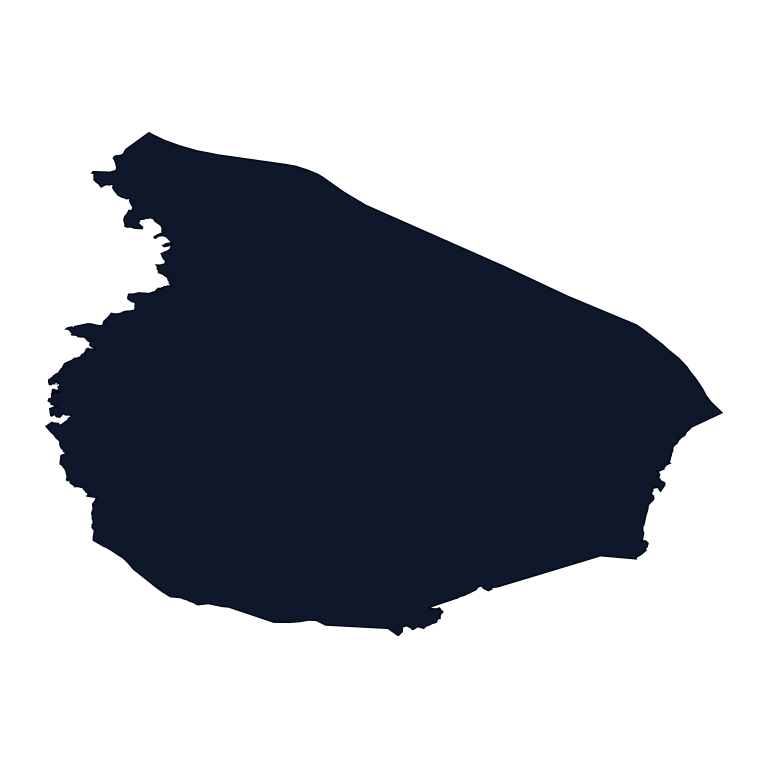 outline of "Østre Toten" nor, Oppland, Norway
{"feature_id": "86288312B18082183204851", "entity_name": "\"Østre Toten\" nor", "entity_type": "district", "adm_level": 2, "iso_a3": "NOR", "parent_name": "Norway", "parent_adm1": "Oppland", "projection": "equal_earth", "projection_center": [10.862, 60.623], "detail": "fine", "context": "isolated", "style": "filled", "palette": "ink", "viewbox_px": 768, "rotation_deg": 0, "n_neighbors": 0, "source": "geoboundaries", "source_scale": "gbopen_adm2", "svg_char_len": 5947}
<svg xmlns="http://www.w3.org/2000/svg" viewBox="0 0 768 768"><path d="M93.0,171.7L92.0,173.0L93.0,173.1L93.5,173.7L94.7,174.1L94.7,175.1L93.8,176.0L94.4,177.7L94.0,178.7L94.2,180.0L96.5,182.2L98.9,183.8L101.0,186.9L102.0,186.7L102.8,186.0L105.7,184.6L110.3,184.8L112.2,184.1L113.1,184.7L113.3,185.7L112.8,187.7L114.0,189.9L118.2,195.2L122.3,197.2L125.6,198.0L126.2,198.7L129.4,198.3L130.0,198.8L129.8,200.3L130.2,202.6L133.1,207.3L132.4,208.8L132.9,209.5L131.1,211.0L129.0,210.4L127.2,213.9L124.9,216.4L123.8,219.7L125.0,224.0L125.1,226.4L126.3,226.4L126.6,226.9L127.6,227.1L130.1,226.7L134.8,228.2L142.1,228.6L142.6,227.6L142.4,227.2L138.9,224.1L138.1,222.1L139.5,221.5L139.4,220.0L139.9,219.3L144.1,219.0L146.1,218.0L147.4,218.3L150.3,217.6L153.3,218.5L155.1,221.2L161.0,225.3L162.0,228.0L163.5,228.8L162.0,229.9L161.9,230.6L162.0,231.2L163.5,232.4L157.0,235.1L154.1,237.1L155.1,238.3L158.6,236.0L163.0,235.5L166.4,236.7L172.1,242.8L165.7,243.8L164.7,244.9L162.9,245.4L164.1,246.6L171.9,245.0L169.9,249.5L167.7,250.9L161.2,253.7L163.5,258.6L165.5,260.5L165.4,263.0L164.6,264.0L160.3,265.2L156.4,265.1L157.4,266.1L157.4,269.2L158.5,270.0L158.6,272.6L162.3,273.8L167.8,277.7L168.2,279.9L169.5,281.5L169.4,283.3L170.4,284.1L170.9,285.9L167.7,286.1L164.9,286.9L163.9,286.8L163.5,287.7L161.7,287.8L160.5,288.8L158.3,288.3L154.2,292.4L152.9,292.1L149.2,293.6L138.8,292.9L133.3,294.2L128.7,294.2L127.7,298.0L128.1,298.9L131.8,301.6L134.2,302.0L135.2,302.7L135.6,305.3L134.8,306.0L135.3,306.8L134.9,309.3L135.2,310.0L130.2,311.1L125.8,311.3L122.5,312.3L122.6,312.8L118.3,313.9L114.9,314.1L111.1,313.4L110.8,314.3L109.0,316.4L103.9,321.4L102.6,325.8L98.0,325.6L91.0,324.0L87.4,323.9L74.6,326.6L74.0,328.1L75.1,328.3L74.5,329.1L71.8,327.0L67.1,328.1L66.1,329.0L67.7,329.0L69.3,329.9L71.9,332.9L72.3,333.7L71.7,334.6L72.0,334.9L76.3,335.1L78.3,336.6L84.6,337.1L88.1,340.9L90.6,342.1L89.8,344.6L90.7,346.2L95.2,348.1L94.9,349.1L89.5,349.2L88.3,348.4L87.6,348.5L86.5,349.1L85.4,351.5L85.5,352.2L85.0,352.4L85.3,352.8L81.2,355.3L81.1,356.5L80.0,357.3L78.6,357.4L77.8,357.9L78.3,358.1L77.3,358.5L74.9,358.2L71.4,360.7L67.7,362.1L67.5,362.8L66.0,362.8L64.1,364.4L64.0,365.2L63.0,366.2L63.3,367.0L60.8,369.5L60.8,370.0L60.2,370.3L58.7,373.0L55.3,374.5L55.5,375.1L53.3,376.1L53.3,376.7L50.6,378.7L50.9,378.9L49.0,379.6L48.7,380.4L48.7,381.7L49.1,383.6L49.5,383.6L49.3,384.1L50.1,384.7L51.5,384.4L52.0,383.7L54.7,383.7L54.5,380.9L55.5,380.5L55.9,380.7L55.6,381.1L56.0,382.1L57.7,382.1L57.5,383.8L59.9,383.1L60.0,386.1L58.2,386.6L58.1,387.4L59.0,388.7L58.4,390.3L54.8,390.3L54.6,389.5L52.6,389.6L52.2,392.0L60.2,391.6L59.3,393.1L56.8,392.5L51.9,393.6L51.6,394.9L52.0,398.0L48.8,399.0L48.3,401.0L50.7,402.1L51.2,404.2L56.9,405.8L49.8,408.8L50.8,415.7L51.9,415.9L54.8,414.1L56.3,416.6L59.6,417.2L61.2,415.9L62.6,413.5L65.8,414.9L69.7,414.9L71.5,415.6L71.7,416.3L68.1,418.8L68.0,420.6L66.4,421.1L61.2,425.0L58.5,425.1L58.5,423.5L53.8,423.1L51.8,422.4L46.1,426.4L51.4,432.5L53.8,434.4L56.2,437.9L58.5,439.8L60.0,441.5L59.9,444.7L61.0,447.7L62.9,449.5L63.9,451.6L66.0,452.7L66.6,452.6L66.7,453.5L61.1,455.5L60.1,463.9L62.8,465.5L63.4,467.2L64.4,468.0L65.7,470.2L67.3,476.8L66.5,479.9L67.7,480.6L68.6,479.9L69.6,480.1L70.6,483.2L74.1,485.4L74.6,486.6L77.7,486.4L83.0,487.7L84.1,489.7L85.4,490.4L85.8,491.9L87.4,492.6L88.1,493.5L88.2,494.2L87.1,496.0L96.6,497.5L94.5,501.9L92.7,504.0L92.8,506.3L93.4,508.4L91.7,513.2L92.5,516.1L92.3,518.6L92.8,519.5L93.3,522.0L93.0,524.0L92.0,525.2L92.5,527.0L92.1,527.5L94.7,531.0L93.9,533.2L94.0,534.7L93.5,536.1L93.3,540.2L104.3,546.6L104.9,546.5L109.7,549.2L123.5,558.2L128.3,562.9L133.6,569.2L156.2,587.1L162.2,591.5L170.4,596.6L180.9,597.6L183.0,598.6L186.5,599.5L189.4,601.0L193.3,602.3L197.2,604.5L198.5,604.7L208.2,603.5L221.8,606.3L228.8,607.0L274.0,622.2L290.0,622.3L300.0,621.5L308.6,620.0L316.3,620.3L325.7,625.0L388.0,628.3L397.9,635.3L399.2,634.7L400.9,632.6L402.1,631.9L402.3,628.0L403.0,626.6L406.8,625.7L411.0,627.8L412.0,629.2L412.9,629.5L418.2,626.4L420.4,627.5L421.8,627.3L422.6,628.1L423.4,628.2L424.5,627.7L425.0,626.7L426.3,625.9L430.2,624.6L431.8,623.5L436.1,622.3L437.0,620.6L436.8,619.8L438.3,618.6L440.0,618.4L439.7,617.8L440.1,616.8L440.0,616.0L440.8,613.8L442.6,612.2L442.7,611.7L440.6,610.2L440.5,609.4L439.2,608.0L437.3,608.9L434.6,609.0L429.5,608.0L428.7,607.4L458.4,597.5L459.3,596.5L463.9,595.4L475.2,590.0L476.2,589.3L477.7,587.1L479.4,586.4L481.5,585.8L483.6,588.2L488.4,590.6L491.3,589.2L489.9,588.4L493.6,587.2L497.5,586.8L504.9,584.6L600.5,555.7L636.2,558.8L635.9,557.5L641.2,554.3L646.0,550.2L645.2,547.8L647.0,547.0L647.1,545.6L648.0,543.7L647.9,543.1L645.7,541.1L643.7,540.7L642.7,541.4L641.9,541.4L643.7,533.1L642.8,530.8L642.6,527.1L644.0,524.3L645.7,515.8L647.7,509.4L648.0,505.8L649.1,503.9L653.4,499.6L653.7,498.4L653.5,496.0L651.7,495.5L651.7,494.1L651.4,493.6L651.9,491.7L652.8,490.7L652.3,489.1L654.0,487.8L657.2,487.4L659.6,488.2L659.0,489.4L660.6,491.2L664.7,485.1L664.7,482.9L660.6,480.8L660.2,479.7L658.5,477.8L659.6,474.9L658.3,471.7L657.4,471.3L661.0,470.2L662.3,469.3L663.8,469.2L663.8,467.7L664.7,467.0L665.4,465.7L668.3,463.8L669.7,463.4L669.3,463.2L669.7,462.9L669.3,462.5L669.5,461.3L669.0,460.8L669.9,459.9L669.6,459.6L670.4,458.4L670.2,457.2L671.1,455.9L671.4,453.6L672.8,450.2L672.6,447.8L673.6,446.0L677.0,443.1L676.7,442.8L677.5,442.1L678.6,440.0L679.6,439.3L680.4,438.0L684.7,435.2L686.4,431.8L689.6,429.1L691.1,427.2L721.9,412.7L711.1,402.3L706.0,395.7L702.5,388.9L695.6,378.6L689.3,370.8L687.2,367.4L678.9,358.6L668.1,349.8L662.8,344.9L643.9,330.2L636.4,325.0L567.4,296.2L504.3,266.6L365.8,205.4L343.7,192.2L322.2,177.0L317.3,174.2L308.1,170.4L295.8,166.4L287.0,164.8L218.2,155.0L197.0,150.9L179.4,145.9L164.3,140.4L153.4,135.2L149.0,132.7L126.4,149.1L125.3,150.3L123.3,154.3L120.8,155.3L115.4,156.1L113.7,157.4L113.4,158.2L114.9,160.2L114.7,160.6L115.6,162.4L116.8,167.3L116.2,170.5L109.9,172.3L93.0,171.7Z" fill="#0f172a" stroke="#020617" stroke-width="1.5"/></svg>